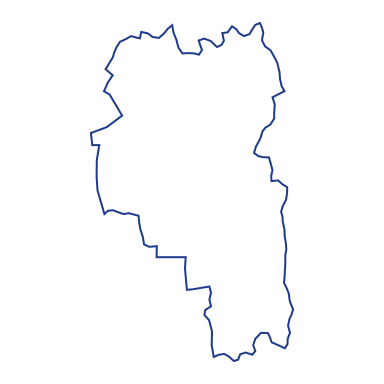 outline of Lindóia do Sul, Santa Catarina, Brazil
{"feature_id": "56859067B71795078330175", "entity_name": "Lindóia do Sul", "entity_type": "district", "adm_level": 2, "iso_a3": "BRA", "parent_name": "Brazil", "parent_adm1": "Santa Catarina", "projection": "albers", "projection_center": [-52.043, -27.042], "detail": "fine", "context": "isolated", "style": "outline", "palette": "blue", "viewbox_px": 384, "rotation_deg": 0, "n_neighbors": 0, "source": "geoboundaries", "source_scale": "gbopen_adm2", "svg_char_len": 1924}
<svg xmlns="http://www.w3.org/2000/svg" viewBox="0 0 384 384"><path d="M289.3,319.4L291.4,314.9L293.1,309.5L289.8,301.2L288.7,293.3L286.5,287.8L284.0,282.8L284.6,276.5L284.9,270.5L285.3,263.8L285.3,255.1L286.3,249.6L286.0,244.4L284.7,236.2L284.4,229.1L282.8,221.9L282.4,216.2L281.1,211.7L283.0,205.6L286.1,199.6L287.1,192.8L287.2,187.2L282.6,184.4L278.1,180.4L271.5,181.1L271.2,175.8L272.5,170.1L269.0,157.4L262.9,157.2L258.4,156.1L254.0,153.0L255.9,146.7L258.4,142.2L260.7,137.5L262.4,131.6L265.4,127.6L270.3,124.7L274.2,118.5L274.2,111.8L274.8,104.4L272.5,97.3L284.5,91.1L281.7,86.4L280.0,79.0L279.5,71.9L277.2,62.7L273.9,56.3L270.6,50.4L265.0,46.3L262.0,40.3L263.3,32.4L261.8,27.4L259.9,23.0L255.2,25.0L252.5,29.1L249.5,34.1L243.9,36.1L239.0,33.1L236.2,29.1L232.0,26.3L227.7,32.3L222.3,33.1L223.9,40.7L221.6,44.9L216.9,47.0L210.7,41.0L204.2,38.6L198.7,40.5L200.2,45.2L202.0,49.9L199.0,54.7L194.2,53.4L188.8,53.1L182.4,53.4L178.4,47.6L176.3,39.5L173.5,32.6L172.2,25.2L167.6,28.9L164.4,33.1L158.9,37.9L152.6,37.0L147.9,33.4L141.3,31.9L139.8,38.4L135.4,37.3L131.0,36.1L126.2,38.9L120.0,41.8L116.6,47.1L114.3,52.3L112.7,57.6L105.6,69.2L112.7,75.3L107.9,82.4L104.0,91.3L109.6,94.5L122.1,115.6L106.8,127.1L90.9,133.0L92.3,145.1L99.3,145.1L96.8,160.1L96.6,176.7L97.5,190.4L104.4,214.0L108.1,210.7L113.2,210.3L118.4,212.3L123.8,214.1L128.7,213.2L138.5,215.7L139.3,223.1L140.5,229.9L142.8,236.9L144.1,244.4L149.1,246.8L156.8,246.2L156.6,257.2L185.7,257.2L185.0,268.8L186.9,289.8L192.7,289.3L209.4,286.5L211.0,293.0L209.4,299.6L211.0,306.3L205.3,310.0L204.4,314.9L209.1,320.2L212.0,331.5L211.7,345.0L213.7,356.9L219.1,354.7L224.3,353.9L228.8,356.5L233.9,361.0L238.2,359.6L240.1,354.4L245.5,352.5L252.3,354.7L255.3,351.0L253.2,345.2L255.3,338.9L261.0,332.8L268.0,333.1L270.1,337.8L271.7,342.3L278.3,345.2L284.9,348.3L287.5,344.1L287.7,338.6L290.0,332.9L288.1,325.8L289.3,319.4Z" fill="none" stroke="#1e3a8a" stroke-width="2"/></svg>